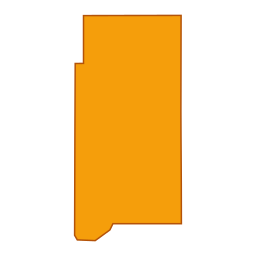 Martin, Indiana, United States of America (Natural Earth projection)
{"feature_id": "52423323B6145912014640", "entity_name": "Martin", "entity_type": "district", "adm_level": 2, "iso_a3": "USA", "parent_name": "United States of America", "parent_adm1": "Indiana", "projection": "natural_earth1", "projection_center": [-86.816, 38.7], "detail": "fine", "context": "isolated", "style": "filled", "palette": "amber", "viewbox_px": 256, "rotation_deg": 0, "n_neighbors": 0, "source": "geoboundaries", "source_scale": "gbopen_adm2", "svg_char_len": 310}
<svg xmlns="http://www.w3.org/2000/svg" viewBox="0 0 256 256"><path d="M181.1,15.4L83.5,15.6L83.5,45.7L83.5,63.4L75.2,63.5L74.9,135.6L74.6,235.3L77.3,239.9L95.2,240.6L109.9,229.9L112.9,223.7L181.4,223.7L181.3,183.8L181.0,135.5L180.9,111.5L181.1,15.4Z" fill="#f59e0b" stroke="#b45309" stroke-width="1.5"/></svg>